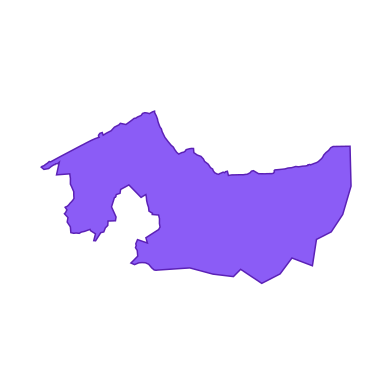 Jada, Adamawa, Nigeria (Mercator projection), rotated 15°
{"feature_id": "59680162B17489209533224", "entity_name": "Jada", "entity_type": "district", "adm_level": 2, "iso_a3": "NGA", "parent_name": "Nigeria", "parent_adm1": "Adamawa", "projection": "mercator", "projection_center": [12.304, 8.694], "detail": "fine", "context": "isolated", "style": "filled", "palette": "violet", "viewbox_px": 384, "rotation_deg": 15, "n_neighbors": 0, "source": "geoboundaries", "source_scale": "gbopen_adm2", "svg_char_len": 3025}
<svg xmlns="http://www.w3.org/2000/svg" viewBox="0 0 384 384"><g transform="rotate(15 192 192)"><path d="M39.9,207.0L43.1,208.5L47.4,206.5L49.5,203.7L51.7,201.3L52.5,201.1L52.9,200.1L54.7,199.5L56.1,197.5L56.7,210.5L69.2,206.1L71.0,210.2L72.5,215.9L74.3,218.0L77.7,222.3L78.5,225.2L79.1,227.1L79.7,228.7L79.0,230.8L78.0,232.9L77.3,234.0L76.2,236.5L75.1,238.2L74.1,238.9L73.4,239.6L75.8,241.6L75.2,244.5L74.4,246.0L78.8,248.8L79.2,253.3L83.5,257.1L85.5,262.6L88.4,262.5L90.7,261.6L93.8,261.1L95.4,259.4L98.3,257.9L103.2,254.5L104.0,255.6L109.6,257.4L109.7,264.4L111.5,264.1L114.4,254.9L117.1,253.4L117.6,249.1L119.3,246.1L118.4,241.8L125.5,239.6L125.1,235.8L118.1,227.2L118.5,217.6L118.7,217.2L119.4,216.9L119.7,215.7L119.4,215.2L119.6,214.0L122.8,211.9L122.4,208.0L129.2,201.5L144.2,210.4L146.1,208.4L147.4,207.1L148.1,206.4L149.2,208.7L150.4,212.0L152.1,215.2L153.9,217.9L155.4,221.6L159.3,222.8L159.4,224.0L165.7,222.9L167.5,226.2L168.7,230.9L170.2,234.1L169.5,236.9L159.3,248.1L162.1,252.8L151.7,252.1L151.1,256.5L151.6,257.6L152.0,258.1L151.8,260.4L154.2,262.6L156.2,268.0L151.4,276.4L155.3,277.0L158.9,274.2L162.0,273.1L165.4,272.4L168.9,273.0L172.7,275.7L175.2,276.9L175.6,277.1L177.5,276.9L179.0,276.3L209.5,265.9L229.0,265.9L233.5,265.9L253.9,263.0L259.0,254.1L283.0,262.2L298.3,248.3L305.6,229.9L327.4,232.1L324.6,206.6L324.5,205.6L336.8,194.5L343.4,174.7L344.1,145.2L332.8,106.9L316.6,111.5L316.4,111.6L314.6,113.3L313.2,116.5L311.1,119.4L309.7,122.2L309.3,124.3L308.6,126.1L307.5,127.8L306.1,130.0L304.7,131.4L302.2,133.1L299.5,135.1L298.7,134.9L296.9,135.8L297.0,136.4L294.9,137.5L292.2,138.4L288.4,140.1L285.6,140.5L283.8,141.6L282.0,142.7L278.5,144.0L275.9,145.6L273.7,146.5L269.4,148.1L266.4,149.2L265.9,149.9L265.9,150.4L266.4,151.3L265.8,152.8L264.6,153.5L264.3,153.6L261.8,154.3L259.3,155.0L258.3,155.4L254.4,156.4L251.5,157.1L245.8,155.5L244.0,156.5L243.2,158.3L241.7,159.7L240.6,160.7L239.5,161.0L237.0,162.1L234.2,162.8L228.5,164.5L226.0,165.2L222.9,166.6L220.8,162.8L219.1,163.7L218.6,164.9L216.9,164.8L215.2,166.2L213.8,167.2L213.2,168.0L211.5,168.1L208.9,167.5L207.0,166.0L206.0,164.5L203.6,163.7L200.4,160.9L196.2,159.2L194.5,157.2L191.5,155.3L187.4,154.9L183.6,153.5L182.2,149.6L180.4,150.0L178.7,150.7L175.4,152.6L174.7,154.6L173.4,155.9L172.3,156.3L170.8,157.5L169.4,158.8L167.0,157.7L164.1,155.3L162.4,153.5L159.5,152.1L159.4,152.0L156.0,149.6L152.8,147.1L151.8,146.4L147.5,141.4L146.1,139.0L144.4,137.6L144.0,137.2L142.2,134.7L140.8,132.6L140.2,131.4L139.8,130.5L137.7,127.6L135.5,125.2L134.9,123.6L133.1,124.8L130.6,127.3L128.2,127.3L125.9,127.6L123.9,128.9L123.1,131.2L120.0,133.6L118.5,135.3L117.1,135.8L113.9,140.0L110.7,143.9L105.0,144.2L104.1,146.0L100.3,149.4L98.0,153.8L94.1,157.3L91.5,160.1L90.6,158.8L89.9,157.8L87.8,159.2L87.0,161.4L87.4,162.5L88.1,163.2L84.8,165.4L81.7,167.9L79.9,169.5L77.0,172.1L73.9,175.0L73.6,175.2L55.8,191.7L48.4,198.7L47.5,199.5L46.2,199.5L44.9,201.6L43.2,203.5L42.3,204.8L40.4,206.2L39.9,207.0Z" fill="#8b5cf6" stroke="#5b21b6" stroke-width="1.5"/></g></svg>